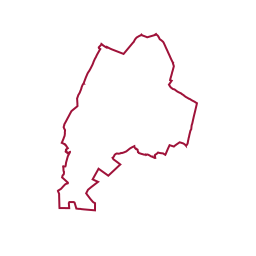 Renswoude, Utrecht, Netherlands (Mercator projection), rotated 199°
{"feature_id": "6326949B98381179699630", "entity_name": "Renswoude", "entity_type": "district", "adm_level": 2, "iso_a3": "NLD", "parent_name": "Netherlands", "parent_adm1": "Utrecht", "projection": "mercator", "projection_center": [5.531, 52.072], "detail": "fine", "context": "isolated", "style": "outline", "palette": "rose", "viewbox_px": 256, "rotation_deg": 199, "n_neighbors": 0, "source": "geoboundaries", "source_scale": "gbopen_adm2", "svg_char_len": 5524}
<svg xmlns="http://www.w3.org/2000/svg" viewBox="0 0 256 256"><g transform="rotate(199 128 128)"><path d="M132.4,39.4L134.7,46.2L136.1,46.4L136.6,46.5L136.8,46.6L137.3,46.8L140.4,48.6L145.2,51.8L145.5,52.1L146.3,52.6L145.8,56.0L145.7,56.6L143.5,60.2L139.8,65.8L138.8,67.3L144.7,67.9L144.3,70.3L142.8,78.6L142.6,79.9L131.1,76.5L130.2,78.2L130.1,78.4L128.3,81.8L127.6,83.1L124.5,89.0L123.4,91.0L125.7,91.8L130.1,93.2L131.4,93.6L131.9,93.9L132.9,94.8L132.4,95.5L132.3,95.9L132.2,96.2L132.1,96.4L132.0,97.5L131.9,97.9L131.9,98.2L131.8,98.4L131.6,98.8L131.1,99.5L130.8,99.8L130.4,100.2L129.7,100.4L128.6,100.6L127.3,101.3L126.8,101.7L126.4,102.2L125.6,102.3L123.9,103.6L122.0,105.3L119.6,109.1L118.8,110.1L117.9,111.1L116.1,112.9L115.9,112.5L115.7,112.1L115.4,111.8L115.2,111.6L114.9,111.4L113.9,110.8L113.6,110.7L113.3,111.0L113.2,111.1L112.4,110.6L111.9,110.6L111.6,110.0L111.5,109.8L111.3,109.5L111.0,109.1L110.5,108.7L110.5,108.4L110.4,108.4L110.2,108.1L110.2,107.9L110.3,107.9L107.2,107.9L105.6,108.0L104.7,108.0L103.6,108.2L102.9,108.4L102.6,108.5L102.4,108.5L102.4,108.8L102.0,108.8L101.9,108.6L101.6,108.9L101.2,109.2L100.6,109.3L100.3,109.3L99.4,109.2L98.8,109.1L97.0,108.7L96.1,108.7L95.9,108.8L95.9,108.7L95.6,108.7L92.9,108.4L92.5,108.6L93.0,109.5L93.5,110.6L93.6,110.8L93.7,111.0L93.7,111.3L93.6,111.5L93.4,111.8L92.6,112.7L92.2,113.4L91.6,114.6L90.7,114.6L88.7,114.9L86.6,115.4L85.8,115.2L84.0,114.8L83.9,115.4L83.6,119.9L83.5,121.3L83.2,124.3L83.1,125.3L78.6,125.4L78.4,125.9L78.0,126.4L77.8,126.8L77.2,127.6L77.1,127.8L74.5,131.3L71.2,131.4L70.9,131.4L70.2,131.3L69.5,131.1L68.6,130.8L67.7,130.3L67.8,130.5L67.6,130.5L66.8,131.3L66.7,132.3L66.6,132.8L67.0,135.3L67.1,135.7L67.1,136.5L67.4,138.3L67.4,139.3L67.7,141.3L67.9,143.5L68.1,145.6L68.1,145.9L68.1,146.1L67.8,147.2L67.8,147.4L68.2,149.1L68.6,150.8L68.7,151.4L68.7,152.3L68.7,153.1L68.8,154.0L68.9,154.9L69.1,156.5L69.3,158.4L69.5,160.1L69.7,162.2L69.8,163.3L70.0,165.5L70.3,168.4L70.7,172.4L70.9,173.9L72.5,174.2L73.2,174.4L73.4,174.5L76.3,174.9L77.2,175.1L79.3,175.6L79.8,175.5L80.0,175.5L81.7,175.9L83.5,176.2L85.4,176.8L85.9,177.1L86.3,177.2L86.7,177.3L87.6,177.5L88.2,177.6L88.6,177.9L88.8,178.0L89.0,178.0L89.4,178.0L90.7,178.2L92.0,178.3L92.9,178.5L93.5,178.6L96.5,179.6L96.9,179.6L98.0,179.5L98.5,179.5L99.5,179.9L100.1,180.1L100.6,180.2L101.8,181.0L102.2,181.3L102.5,181.7L102.7,181.8L103.4,182.3L102.1,186.9L103.8,187.0L104.0,188.9L104.0,189.8L104.1,190.6L104.1,191.9L104.2,192.6L104.2,193.3L104.4,195.2L104.4,196.1L104.7,200.6L104.8,201.4L105.6,202.5L106.7,204.0L106.6,204.4L107.2,204.8L107.6,205.1L109.1,206.6L110.9,208.5L111.3,208.9L111.9,209.6L114.1,211.9L114.9,212.7L115.3,213.2L118.7,216.7L119.4,217.5L122.2,220.4L122.9,220.9L123.8,221.3L125.1,221.8L126.9,222.3L127.2,222.6L128.0,223.4L128.4,223.7L128.4,223.8L129.3,224.6L129.8,224.9L130.3,225.2L131.0,225.4L131.7,225.7L132.1,226.0L132.8,225.1L132.5,224.9L133.2,224.4L139.4,220.0L140.0,220.1L143.1,220.2L144.7,220.2L145.7,220.7L146.1,219.7L146.5,219.4L146.8,219.2L147.2,218.8L149.2,216.5L149.5,215.9L149.7,215.4L149.8,215.1L150.0,214.6L150.2,214.0L150.7,210.9L151.0,210.5L156.3,196.6L164.1,196.9L169.2,197.1L171.2,197.3L173.8,197.7L174.3,197.8L174.3,197.1L175.2,197.3L175.3,197.2L178.8,198.1L179.0,198.3L180.5,198.8L180.5,198.7L180.5,198.2L180.5,197.8L180.7,197.4L181.7,195.2L181.9,194.8L181.9,194.7L181.7,194.3L181.5,194.1L181.3,194.0L179.9,193.6L180.1,192.9L181.0,188.1L181.3,186.2L181.4,184.7L181.8,182.8L181.9,181.7L182.0,180.6L182.1,179.6L182.1,178.0L182.2,176.3L182.8,171.9L183.2,169.7L183.3,169.2L183.5,168.6L183.6,168.2L183.7,167.8L183.8,167.4L184.0,166.4L184.2,163.5L184.3,162.4L184.5,155.5L184.3,155.4L184.5,155.3L184.7,155.1L184.9,154.4L185.0,153.5L185.1,151.9L185.1,150.9L185.0,150.7L185.0,148.3L185.1,147.5L185.1,146.1L185.2,145.4L185.4,144.4L185.5,143.8L185.7,143.2L185.7,142.7L185.7,141.7L185.7,139.8L185.8,139.5L184.2,135.6L183.8,134.7L183.5,133.7L182.9,132.4L182.9,132.2L183.8,130.7L185.8,127.5L187.0,125.5L187.7,121.1L187.9,119.7L188.2,118.0L188.9,113.5L189.4,110.7L189.3,110.2L189.2,110.0L189.2,108.6L189.1,108.0L189.1,107.8L189.0,107.7L188.4,107.0L187.6,106.2L187.4,105.9L186.9,105.6L186.8,105.4L186.7,105.0L186.4,103.8L186.3,103.3L186.0,102.5L185.8,102.1L185.7,101.4L185.5,100.5L185.4,99.8L185.5,98.3L185.5,97.0L185.5,96.3L185.6,95.7L185.6,94.8L185.8,92.5L185.7,92.5L185.7,92.4L185.2,92.3L184.8,92.3L184.3,92.3L183.6,92.1L183.2,92.1L182.7,92.3L182.4,92.1L182.1,91.9L182.0,91.7L181.8,91.5L181.4,91.5L181.1,91.5L180.8,91.3L180.7,91.2L180.5,90.8L180.1,90.6L179.8,90.4L179.7,90.2L179.0,89.8L178.3,89.3L179.5,87.6L179.6,87.4L179.6,87.2L179.5,86.9L179.0,86.4L179.3,85.8L179.3,85.6L179.3,85.4L179.2,85.3L179.1,85.2L178.0,85.4L177.4,84.7L177.0,84.4L176.8,84.4L176.6,84.4L176.5,84.5L175.4,86.2L175.1,86.4L175.0,86.1L175.6,82.4L175.6,82.2L175.7,81.8L175.7,81.5L175.3,75.1L174.7,72.2L174.7,71.3L175.9,70.7L176.6,70.8L176.8,70.7L176.8,70.4L176.5,69.9L175.8,68.6L175.6,67.9L175.0,66.5L174.7,66.1L174.3,65.8L174.2,65.5L173.8,64.1L173.8,63.7L173.7,63.4L173.7,63.2L173.8,62.9L174.0,62.6L174.2,62.3L174.3,62.1L174.3,61.9L174.4,61.6L174.3,60.6L174.2,60.4L174.2,60.1L174.2,59.8L173.2,59.4L167.1,56.8L166.9,56.1L167.7,55.5L168.2,55.2L169.0,54.3L169.4,53.5L170.1,52.0L171.5,48.7L172.7,47.2L173.6,46.2L173.8,45.7L172.0,43.7L171.8,43.4L171.7,43.3L171.5,42.8L171.2,41.9L169.0,36.0L167.1,30.9L166.7,30.0L157.5,33.1L159.5,37.7L159.3,38.9L155.1,40.3L154.3,40.0L154.2,40.0L150.6,35.0L148.3,35.5L146.7,36.0L145.8,36.1L143.2,36.7L132.4,39.4Z" fill="none" stroke="#9f1239" stroke-width="2"/></g></svg>